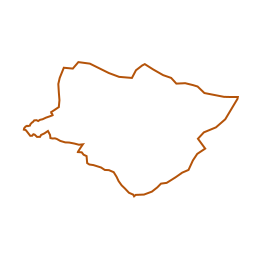 Lapithiou, Paphos, Cyprus (Natural Earth projection), rotated 191°
{"feature_id": "46923920B87887675510001", "entity_name": "Lapithiou", "entity_type": "district", "adm_level": 2, "iso_a3": "CYP", "parent_name": "Cyprus", "parent_adm1": "Paphos", "projection": "natural_earth1", "projection_center": [32.598, 34.905], "detail": "fine", "context": "isolated", "style": "outline", "palette": "amber", "viewbox_px": 256, "rotation_deg": 191, "n_neighbors": 0, "source": "geoboundaries", "source_scale": "gbopen_adm2", "svg_char_len": 1451}
<svg xmlns="http://www.w3.org/2000/svg" viewBox="0 0 256 256"><g transform="rotate(191 128 128)"><path d="M172.6,94.8L168.8,95.3L166.5,93.3L163.3,92.5L161.4,85.8L159.0,84.8L154.9,85.0L146.9,84.1L142.8,82.4L138.7,83.0L133.6,81.9L129.9,77.9L127.1,74.1L123.3,70.5L119.6,68.1L114.7,64.6L110.2,63.6L109.0,62.1L107.7,63.8L99.6,65.7L92.4,70.1L87.9,75.3L85.0,79.7L79.6,81.5L76.8,84.1L71.7,88.9L66.3,94.5L60.6,98.4L58.1,108.6L55.1,115.8L48.3,122.5L57.3,130.8L52.7,138.2L41.8,145.4L34.2,155.1L29.9,167.0L26.1,177.5L26.1,179.4L32.6,178.1L39.7,176.9L50.3,176.9L59.7,176.9L67.6,182.0L72.3,182.5L80.4,182.9L89.0,180.8L95.2,185.4L103.6,186.6L114.5,190.3L123.7,193.9L126.0,192.1L131.2,186.2L133.7,177.9L146.5,176.5L157.3,178.3L177.7,183.9L189.3,183.2L193.5,175.8L202.5,174.9L204.6,164.1L204.8,157.9L202.7,149.8L200.6,142.2L199.9,135.3L207.1,128.3L206.7,128.5L205.1,127.3L204.4,126.2L204.5,126.1L206.9,124.6L210.5,122.5L213.5,120.3L216.0,119.2L217.5,117.7L219.3,118.2L221.5,117.6L222.4,115.9L223.4,114.9L224.6,112.9L224.7,111.7L226.6,110.7L227.5,110.9L228.8,109.9L229.9,107.9L229.9,106.5L228.1,106.5L226.7,105.4L222.5,101.7L220.6,102.1L219.7,103.8L218.4,103.7L215.6,101.9L212.7,102.5L212.0,104.6L209.1,106.7L206.0,109.8L203.2,106.3L202.2,103.3L200.0,103.3L197.8,103.9L195.9,103.7L192.0,102.4L186.9,101.9L183.0,102.5L177.6,102.5L173.0,102.2L169.4,103.3L169.5,103.0L169.3,103.1L170.9,99.4L172.6,95.0L172.6,94.8Z" fill="none" stroke="#b45309" stroke-width="2"/></g></svg>